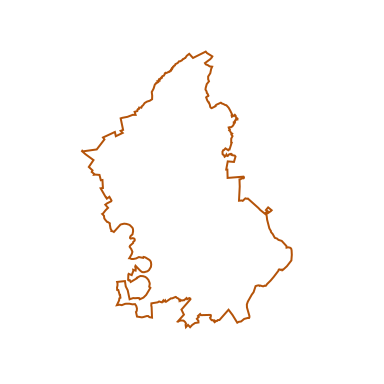 Satulung, Maramures, Romania, rotated 291°
{"feature_id": "2599482B12544437302326", "entity_name": "Satulung", "entity_type": "district", "adm_level": 2, "iso_a3": "ROU", "parent_name": "Romania", "parent_adm1": "Maramures", "projection": "natural_earth1", "projection_center": [23.421, 47.561], "detail": "fine", "context": "isolated", "style": "outline", "palette": "amber", "viewbox_px": 384, "rotation_deg": 291, "n_neighbors": 0, "source": "geoboundaries", "source_scale": "gbopen_adm2", "svg_char_len": 6002}
<svg xmlns="http://www.w3.org/2000/svg" viewBox="0 0 384 384"><g transform="rotate(291 192 192)"><path d="M276.7,208.2L276.6,207.4L277.2,207.2L278.1,205.4L278.8,205.4L279.4,204.3L278.2,203.7L276.6,202.3L277.9,201.4L278.7,201.7L281.7,198.5L283.8,196.0L285.3,193.0L285.1,191.9L285.4,189.7L285.3,188.2L285.7,187.4L285.7,186.9L282.1,183.4L280.8,182.9L280.5,183.2L277.3,180.3L277.4,179.5L277.9,178.6L279.9,177.3L281.4,175.9L281.2,175.8L283.0,173.4L285.4,171.3L286.1,171.5L287.4,172.8L287.8,172.8L289.5,171.1L289.7,170.4L291.2,169.5L292.4,167.9L293.9,167.5L298.0,167.1L301.4,168.2L303.0,166.7L305.6,165.7L309.4,166.5L313.7,165.8L316.2,165.9L315.6,163.4L316.1,161.4L316.1,159.1L317.0,157.9L322.5,161.4L324.5,162.2L325.9,162.4L327.1,156.1L328.0,154.5L317.5,144.9L320.0,139.9L317.3,138.3L314.7,137.7L314.4,137.2L313.0,136.4L312.7,135.8L311.3,135.4L309.7,134.0L309.4,133.1L307.3,132.4L305.4,130.7L304.1,130.7L303.4,130.0L302.4,129.9L302.1,129.4L301.0,129.4L300.7,128.9L300.4,128.9L300.0,129.4L299.4,129.3L299.3,128.8L298.1,128.9L298.1,128.6L297.5,128.7L296.8,127.8L296.1,127.9L295.5,126.8L294.9,126.5L293.7,125.1L293.8,124.6L293.0,124.1L292.4,124.3L290.5,124.0L289.6,122.9L287.6,122.9L287.5,122.7L287.9,122.3L287.2,122.0L286.1,121.7L285.7,122.0L285.0,121.6L285.7,121.1L285.5,120.8L284.5,120.8L284.0,121.5L283.5,120.7L283.4,121.1L282.8,121.2L281.7,120.5L281.7,119.9L281.2,119.5L280.5,119.6L279.1,118.8L274.7,119.1L270.9,118.6L267.7,120.3L264.3,121.5L262.0,119.8L260.3,117.6L258.1,115.9L255.3,115.2L254.4,114.6L252.6,114.5L252.6,113.8L251.9,113.0L251.8,112.4L250.6,112.7L250.0,111.8L249.2,111.6L248.4,112.0L247.9,111.9L246.3,109.7L243.8,111.7L242.8,109.0L239.1,104.9L236.3,100.4L235.2,99.0L225.3,105.4L223.5,103.5L222.3,106.1L216.8,100.9L220.4,98.5L211.0,89.4L209.7,91.4L197.6,87.8L190.9,75.7L191.2,74.8L190.7,74.7L189.1,79.0L186.5,88.6L178.4,86.7L176.5,91.4L174.8,91.2L173.8,94.2L172.9,94.2L173.7,95.8L174.8,99.5L170.3,102.7L171.1,104.1L163.8,107.4L162.7,105.4L156.2,113.4L156.4,113.6L155.3,114.9L157.9,116.6L155.2,119.9L154.4,119.9L151.0,116.8L149.1,115.6L147.1,119.3L144.1,117.9L139.9,116.6L139.3,116.1L138.3,118.3L135.9,119.6L134.8,121.3L133.6,123.6L133.8,124.2L133.3,126.5L132.2,126.9L128.6,129.1L127.3,130.7L126.7,130.7L126.9,132.8L126.7,133.4L135.9,136.9L136.5,137.6L138.1,140.0L138.7,142.2L138.9,144.8L138.7,146.1L137.3,149.2L136.2,150.2L134.2,151.1L131.1,151.6L129.0,150.5L127.5,150.4L126.8,150.7L126.5,151.4L127.7,153.3L127.8,154.6L127.7,155.0L126.7,155.8L125.8,155.8L124.4,155.0L123.3,155.3L119.7,153.4L118.5,153.4L116.9,155.8L114.8,157.8L112.3,158.0L107.7,157.2L108.0,158.2L107.8,158.6L107.8,159.5L108.3,161.0L109.9,163.6L112.2,165.7L113.0,170.0L114.0,170.0L114.1,170.5L114.2,171.9L113.4,176.3L112.9,177.6L111.8,178.8L109.7,179.9L107.3,180.5L103.6,179.8L102.0,178.8L100.0,176.1L99.4,174.4L99.5,173.4L100.1,171.7L102.9,165.7L102.0,165.7L99.7,167.2L98.4,167.5L98.3,165.0L97.4,165.5L92.8,165.5L92.9,162.2L92.0,162.2L87.0,163.9L86.8,164.7L87.4,165.4L86.0,167.0L91.9,171.6L92.3,171.3L95.1,173.9L95.9,176.5L96.0,178.9L95.5,180.6L94.3,182.8L92.2,184.8L91.1,185.5L88.2,186.0L87.6,187.5L79.5,186.1L76.0,184.5L73.3,181.9L73.1,181.6L74.0,180.9L73.7,179.6L72.4,176.8L71.9,175.1L69.5,172.2L77.2,167.2L80.1,164.0L84.8,161.3L81.2,154.3L79.8,155.3L77.8,156.0L76.1,156.2L73.8,157.2L74.1,158.3L69.8,161.5L70.0,161.8L67.6,163.1L66.7,162.3L64.6,162.8L59.4,162.4L60.8,164.7L61.2,167.0L63.6,169.6L64.1,170.6L65.3,173.8L65.8,176.7L66.9,179.0L65.5,180.9L63.6,182.3L61.7,182.9L60.5,183.0L59.9,182.7L56.0,185.3L57.0,190.1L57.8,191.4L59.9,194.1L60.5,195.6L59.9,197.0L60.4,199.7L70.4,195.4L71.1,194.8L73.5,194.0L76.7,199.5L78.0,200.5L78.2,203.5L80.5,204.1L79.8,205.0L81.1,205.7L80.4,206.1L80.1,207.0L85.2,210.5L85.5,211.5L88.2,214.3L88.2,214.8L87.8,215.4L87.6,217.6L86.9,218.7L86.1,219.2L86.9,219.5L86.3,220.2L87.1,220.6L87.1,221.6L87.9,222.6L88.0,223.3L91.0,224.9L90.2,225.9L92.0,227.5L91.9,228.6L91.2,229.0L78.4,224.3L74.6,228.4L65.9,225.1L65.9,225.4L67.1,226.3L68.1,227.7L68.9,230.2L68.2,232.1L67.1,233.5L65.7,233.6L63.7,234.8L66.5,235.9L65.1,238.7L67.9,239.8L70.8,241.8L72.5,244.8L74.1,244.1L75.3,242.0L77.8,243.1L78.4,242.0L81.0,243.3L80.2,244.4L83.8,253.1L83.7,253.8L82.1,254.3L81.1,253.9L80.1,254.9L79.4,256.3L79.4,256.7L79.8,257.1L79.8,257.8L79.3,258.6L80.0,258.5L80.2,258.9L79.8,259.7L79.1,260.1L80.4,260.9L80.6,261.6L81.7,262.0L82.3,263.5L95.2,268.3L91.7,273.9L86.2,281.1L87.5,282.1L88.7,284.2L92.2,286.2L94.4,289.2L94.8,290.4L95.4,290.5L96.7,290.1L103.9,284.7L106.7,283.5L109.7,283.4L117.7,284.6L120.5,285.4L126.9,285.1L128.0,286.4L128.8,287.8L128.6,288.8L129.1,289.1L129.4,292.2L130.6,293.4L130.5,293.8L131.0,294.6L133.0,295.1L137.4,297.1L142.0,298.7L149.5,300.9L150.6,300.8L151.0,301.1L151.2,302.0L151.0,302.5L151.8,303.8L151.3,304.3L152.1,304.9L156.7,307.2L163.7,309.3L169.1,307.7L173.2,305.9L174.5,305.0L175.0,304.2L175.1,303.3L174.8,301.5L173.9,300.2L175.4,299.5L178.5,293.3L178.3,289.8L179.0,288.0L178.9,285.7L181.7,282.4L182.8,280.3L183.3,279.8L183.8,279.7L185.7,277.3L193.0,272.1L196.6,270.2L197.6,269.1L202.3,272.4L203.5,272.9L204.9,268.6L201.7,267.5L201.2,269.3L197.9,267.7L199.7,262.1L200.8,259.9L205.9,246.5L205.4,245.9L205.2,244.1L201.9,242.5L201.9,241.5L200.7,239.0L214.2,234.6L220.8,231.8L221.3,232.7L222.7,233.8L223.2,235.2L223.8,235.4L224.4,235.2L224.8,234.6L217.9,220.2L225.6,217.0L225.2,215.9L233.4,214.4L235.1,220.4L240.7,219.9L241.3,218.8L240.8,216.5L241.5,215.5L240.9,215.2L241.4,214.4L240.5,213.2L238.4,212.4L238.4,211.6L239.3,210.7L237.7,210.5L236.6,209.8L237.8,208.6L238.1,207.8L238.0,207.5L238.4,206.9L240.6,206.0L242.3,206.2L242.6,206.8L244.7,207.6L244.0,210.8L244.8,210.9L245.1,211.8L251.9,211.4L252.2,211.4L252.1,210.9L255.9,209.5L258.7,209.8L259.7,208.2L260.9,208.6L261.2,207.1L262.5,205.8L262.9,204.6L263.9,204.9L264.5,203.8L265.4,203.1L266.0,203.9L266.4,205.1L267.8,206.2L270.1,206.8L271.6,206.5L271.5,206.2L272.0,206.0L272.4,206.7L272.3,207.1L272.9,207.1L273.4,206.5L274.6,206.7L275.0,207.2L275.7,207.0L276.0,208.4L276.7,208.2Z" fill="none" stroke="#b45309" stroke-width="2"/></g></svg>